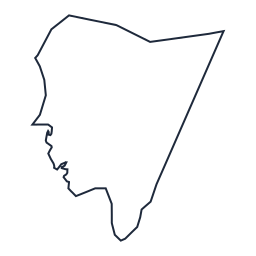 Az Zahir, Al Jawf, Yemen (Equal Earth projection)
{"feature_id": "15242507B58235619836072", "entity_name": "Az Zahir", "entity_type": "district", "adm_level": 2, "iso_a3": "YEM", "parent_name": "Yemen", "parent_adm1": "Al Jawf", "projection": "equal_earth", "projection_center": [44.485, 16.331], "detail": "fine", "context": "isolated", "style": "outline", "palette": "slate", "viewbox_px": 256, "rotation_deg": 0, "n_neighbors": 0, "source": "geoboundaries", "source_scale": "gbopen_adm2", "svg_char_len": 1543}
<svg xmlns="http://www.w3.org/2000/svg" viewBox="0 0 256 256"><path d="M35.2,58.0L39.8,66.3L44.1,79.3L44.3,79.9L45.8,95.1L45.8,95.4L43.9,101.6L39.9,114.8L32.4,124.6L46.1,124.5L48.0,124.5L48.5,124.8L52.0,127.4L52.0,127.8L52.0,128.0L51.7,131.6L51.6,132.2L51.5,132.7L51.4,133.7L51.3,133.8L50.4,135.1L50.0,135.0L49.3,134.8L48.7,134.7L48.7,134.3L48.7,132.0L48.5,131.7L48.3,131.3L48.1,131.0L47.9,131.4L47.4,132.4L47.2,132.8L46.3,137.7L45.8,140.4L46.2,141.7L46.6,142.6L51.4,146.0L51.5,146.1L51.7,147.3L51.7,147.5L51.4,147.9L50.1,150.0L49.2,151.7L48.5,153.2L48.3,153.5L48.6,154.2L49.4,155.9L50.8,158.9L53.5,163.4L53.9,164.6L54.3,166.2L54.1,167.8L55.7,168.7L57.1,169.5L58.2,168.2L61.3,164.2L64.2,163.0L64.6,162.9L65.7,162.2L66.2,162.4L66.3,162.4L65.7,163.6L64.6,165.7L63.1,166.5L62.6,166.8L61.7,167.1L61.7,167.6L61.7,168.1L63.0,168.5L63.5,168.6L65.1,169.1L65.7,169.2L66.9,169.3L67.4,169.3L67.3,172.8L66.6,173.9L66.2,174.5L64.1,175.8L63.6,177.2L65.2,179.2L66.5,180.9L66.9,181.4L68.0,181.7L69.0,182.0L69.0,182.4L68.4,188.4L71.5,191.7L72.1,192.2L75.9,196.1L80.0,194.5L88.7,191.0L90.6,190.2L95.3,188.3L105.7,188.3L111.7,203.8L111.8,214.5L111.8,223.0L112.4,225.5L112.7,226.6L114.8,234.8L120.8,240.6L125.2,238.7L132.2,231.8L135.2,228.9L137.2,227.0L140.2,217.3L141.6,209.5L144.8,206.7L150.6,201.7L151.2,200.0L156.5,184.3L163.8,167.7L222.6,33.3L223.6,31.1L223.0,31.2L222.3,31.4L221.0,31.6L216.5,32.4L209.0,33.8L159.7,40.6L150.1,41.9L139.9,36.8L116.4,25.1L90.8,19.9L69.0,15.4L51.4,29.3L37.7,55.2L35.2,58.0Z" fill="none" stroke="#1e293b" stroke-width="2"/></svg>